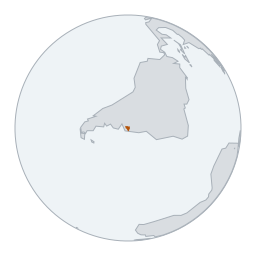 Cerro Largo highlighted on a globe, orthographic projection, rotated 60°
{"feature_id": "URY-12", "entity_name": "Cerro Largo", "entity_type": "Department", "adm_level": 1, "iso_a3": "URY", "parent_name": "Uruguay", "parent_adm1": "", "projection": "orthographic", "projection_center": [-54.394, -32.345], "detail": "fine", "context": "on_globe", "style": "filled", "palette": "amber", "viewbox_px": 256, "rotation_deg": 60, "n_neighbors": 0, "source": "natural_earth", "source_scale": "10m", "svg_char_len": 3797}
<svg xmlns="http://www.w3.org/2000/svg" viewBox="0 0 256 256"><g transform="rotate(60 128 128)"><circle cx="128" cy="128" r="113" fill="#eef3f6" stroke="#a8b0b8"/><path d="M97.4,19.6L96.7,19.8L97.6,19.8L99.9,19.0L100.0,18.9L101.1,18.6L110.2,16.8L119.5,15.7L120.0,15.7L126.4,15.7L126.4,15.9L120.9,16.5L113.0,17.1L105.8,19.1L114.4,17.3L114.4,18.2L116.0,18.3L118.3,18.1L119.8,17.5L120.6,17.9L112.5,19.6L111.6,19.2L114.2,18.6L110.5,19.1L105.0,20.7L105.4,21.4L96.7,24.1L96.9,24.7L95.1,25.8L95.3,24.6L94.7,27.0L84.5,32.5L83.3,38.5L80.2,35.0L76.5,35.8L71.9,37.6L71.6,38.5L65.8,40.4L59.8,45.1L56.4,51.3L57.3,54.6L63.8,51.7L66.4,48.3L71.5,45.9L66.6,54.2L75.3,52.1L73.7,58.2L76.1,60.5L80.8,58.3L85.5,58.6L89.3,54.3L95.2,51.3L94.9,56.2L98.5,51.2L101.6,53.0L113.6,51.6L112.6,52.8L122.6,58.2L134.0,61.0L136.7,65.1L135.3,67.5L139.3,68.4L139.4,70.1L156.0,74.5L164.8,80.4L164.7,86.7L157.7,93.0L152.3,109.2L140.0,113.8L137.5,121.0L129.0,132.0L121.4,131.2L124.2,137.0L120.6,140.7L115.9,141.2L115.7,145.5L112.2,145.9L114.9,148.5L110.4,154.8L112.9,159.5L109.9,164.8L111.6,167.6L110.1,167.7L108.8,169.0L109.0,170.7L103.8,168.7L101.1,162.4L102.0,158.8L100.0,158.6L101.8,149.9L100.0,151.9L98.5,140.1L100.1,130.4L99.2,105.6L96.4,101.4L87.9,97.9L77.4,84.7L79.8,78.0L77.7,75.9L84.6,66.2L83.0,59.7L80.7,59.3L78.2,62.5L70.4,60.8L68.1,57.0L47.2,60.7L45.6,60.0L46.6,56.7L44.8,52.5L43.1,58.8L41.4,59.0L41.1,57.6L42.5,55.8L43.9,53.1L43.5,53.6L49.0,47.7L55.0,42.2L61.3,37.2L68.0,32.7L75.0,28.6L82.2,25.1L89.7,22.1L97.4,19.6ZM82.2,40.9L92.2,41.8L86.0,43.6L87.3,42.7L84.9,41.9L80.2,42.0L74.8,44.4L82.2,40.9ZM88.0,36.0L86.2,36.2L88.0,35.7L88.0,36.0ZM112.9,173.5L104.4,169.7L109.0,171.2L111.2,168.2L116.0,171.4L112.9,173.5ZM119.8,165.9L122.9,164.3L123.9,165.1L122.0,166.4L119.8,165.9ZM212.5,53.6L213.0,54.1L218.0,60.2L222.5,66.7L226.6,73.5L230.1,80.5L233.2,87.8L235.8,95.3L237.8,102.9L239.3,110.7L240.2,118.5L240.6,126.4L240.5,134.4L239.7,142.2L238.3,150.8L235.9,158.9L234.0,159.4L230.8,166.8L229.3,166.4L227.0,170.2L224.0,172.2L220.1,172.6L217.0,166.6L219.5,162.6L222.0,152.6L226.6,131.9L230.2,125.8L231.0,119.5L228.5,102.7L229.3,96.7L227.9,92.7L225.6,91.1L223.7,86.5L222.0,85.1L209.4,79.3L203.8,72.7L193.2,57.1L194.3,53.4L191.5,48.1L196.4,40.0L200.8,43.0L207.1,47.8L212.5,53.6ZM198.0,39.8L199.4,41.6L196.8,40.1L192.3,37.1L186.2,31.9L192.2,35.4L198.0,39.8ZM198.6,45.2L199.4,46.6L198.6,45.2ZM114.0,51.5L115.4,52.4L113.4,52.5L114.0,51.5ZM84.8,45.6L87.1,45.1L88.2,45.5L86.4,46.1L84.8,45.6ZM104.5,42.0L107.2,42.1L104.3,42.8L104.5,42.0ZM93.9,41.9L102.3,42.2L96.6,44.3L91.3,44.3L95.1,43.2L93.9,41.9ZM86.3,38.4L87.7,38.3L87.1,39.1L86.3,38.4ZM89.3,35.7L88.7,35.8L88.2,35.5L89.3,35.7ZM114.8,18.1L115.5,18.0L117.7,17.9L116.5,18.2L114.8,18.1ZM128.8,16.8L129.8,17.4L128.2,17.0L126.6,17.4L121.4,17.1L126.2,16.0L125.0,16.4L128.8,16.8ZM115.7,16.9L118.5,16.9L115.2,17.0L115.7,16.9ZM190.2,221.3L187.9,222.8L188.9,221.9L190.2,221.3ZM231.1,173.5L228.1,179.0L229.0,176.2L231.5,171.2L234.9,163.5L234.8,163.8L231.1,173.5Z" fill="#d9dde1" stroke="#a8b0b8" stroke-width="1"/><path d="M127.9,126.7L128.0,126.8L128.2,127.0L128.3,127.0L128.5,127.1L128.8,127.2L128.8,127.3L129.0,127.4L129.1,127.5L129.2,127.8L129.2,128.0L129.3,128.1L129.4,128.3L129.5,128.3L129.7,128.5L129.8,128.5L130.0,128.6L130.1,128.8L129.8,128.9L129.7,128.9L129.3,128.8L129.2,128.8L128.9,128.8L128.8,128.7L128.7,128.7L128.6,128.8L128.4,128.8L128.2,128.8L128.2,128.7L128.0,128.8L127.9,128.8L127.7,128.9L127.4,129.0L127.2,129.0L127.0,129.3L126.9,129.3L126.7,129.3L126.6,129.2L126.5,128.9L126.4,128.9L126.5,128.8L126.4,128.7L126.5,128.6L126.5,128.4L126.6,128.2L126.8,128.3L126.9,128.2L127.0,128.2L127.3,127.9L127.3,127.7L127.5,127.6L127.7,127.4L127.8,127.4L127.7,127.3L127.7,127.2L127.8,127.2L127.8,126.9L127.8,126.7L127.9,126.7Z" fill="#f59e0b" stroke="#b45309" stroke-width="1.5"/></g></svg>